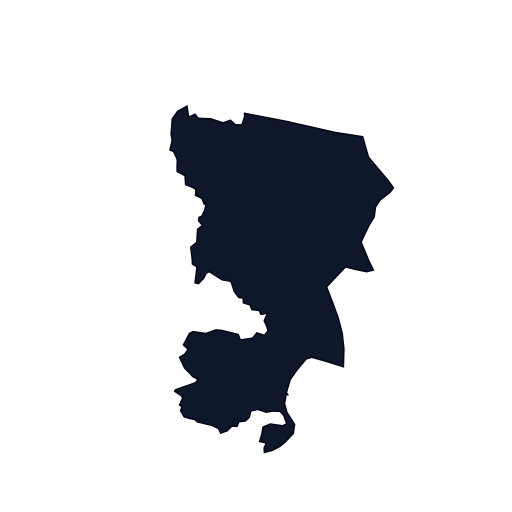 Quardu Boundi, Lofa, Liberia (orthographic projection), rotated 230°
{"feature_id": "62588387B13670701840793", "entity_name": "Quardu Boundi", "entity_type": "district", "adm_level": 2, "iso_a3": "LBR", "parent_name": "Liberia", "parent_adm1": "Lofa", "projection": "orthographic", "projection_center": [-9.634, 8.375], "detail": "fine", "context": "isolated", "style": "filled", "palette": "ink", "viewbox_px": 512, "rotation_deg": 230, "n_neighbors": 0, "source": "geoboundaries", "source_scale": "gbopen_adm2", "svg_char_len": 2515}
<svg xmlns="http://www.w3.org/2000/svg" viewBox="0 0 512 512"><g transform="rotate(230 256 256)"><path d="M372.7,338.9L370.2,337.1L365.5,329.5L365.8,329.1L369.7,324.6L376.4,323.7L379.2,316.3L390.1,309.6L398.6,300.3L403.8,300.4L404.9,296.3L405.7,293.6L415.1,299.5L417.2,288.9L414.9,280.1L404.2,269.5L398.5,266.1L392.6,258.3L389.0,260.0L381.5,258.1L379.2,256.7L375.6,253.3L371.4,249.9L363.2,253.3L355.9,248.0L354.6,248.7L348.5,251.9L345.4,252.7L341.4,248.7L335.0,251.6L329.1,249.7L327.2,250.5L323.9,245.7L321.3,240.2L322.2,237.2L319.9,234.7L313.8,234.7L314.0,228.4L310.2,224.8L304.5,219.5L304.7,211.7L294.0,204.7L290.8,202.2L285.6,203.7L280.3,198.2L274.7,192.1L271.8,194.1L272.7,202.1L274.8,206.4L274.0,210.2L265.4,212.9L259.5,214.8L253.6,219.9L251.5,220.1L243.7,216.9L242.9,216.6L235.4,216.1L232.0,219.1L228.2,216.2L222.4,220.0L217.7,218.3L212.3,223.4L208.1,222.3L204.5,228.4L203.9,226.8L202.9,224.0L201.0,220.6L195.1,219.0L190.9,217.1L189.8,211.4L196.5,207.3L195.7,202.7L195.3,200.6L201.7,190.0L207.2,191.9L213.1,187.7L221.0,181.9L222.9,180.1L225.2,177.7L228.8,167.8L238.4,159.3L239.5,155.5L234.6,143.3L228.1,144.1L226.6,138.2L227.5,132.3L216.2,129.3L208.7,129.9L204.3,130.1L199.0,132.1L198.6,132.2L197.8,128.2L198.4,126.6L201.7,117.9L205.3,108.4L204.7,106.7L197.3,109.0L194.4,108.6L191.0,101.6L188.1,102.5L186.2,98.9L179.0,97.6L174.4,100.6L170.0,104.0L166.7,104.4L164.7,105.9L159.9,109.4L154.6,113.4L147.9,116.4L143.1,115.1L140.6,121.5L141.1,126.8L141.2,128.2L137.7,132.0L140.0,136.2L136.4,142.0L136.8,147.2L140.6,152.5L139.9,153.8L137.4,158.7L129.6,163.6L126.7,168.9L121.5,174.6L116.0,174.8L107.6,171.7L107.9,170.7L108.9,167.2L117.5,159.5L118.1,159.0L120.4,151.4L116.4,146.7L111.5,139.6L105.9,143.8L103.8,138.9L100.1,136.1L96.6,143.8L94.8,151.9L94.8,159.3L96.1,170.5L98.0,172.6L98.9,173.6L102.2,177.3L116.4,179.2L124.5,182.9L125.0,183.5L131.3,190.8L128.5,191.2L131.6,191.2L131.9,191.6L139.3,202.7L139.6,203.7L141.9,212.4L142.4,214.5L144.4,225.4L144.5,226.0L144.6,226.6L144.9,228.2L142.6,233.6L133.2,240.0L131.4,241.2L118.7,249.4L115.9,251.2L115.0,251.8L128.3,263.6L141.3,272.3L155.5,279.1L170.9,284.7L187.0,290.2L187.1,291.2L189.2,309.3L190.1,317.6L181.5,323.8L172.9,330.6L170.6,335.2L169.8,336.9L179.7,339.3L199.2,345.5L203.6,355.1L206.8,362.3L207.3,363.5L208.0,365.7L209.9,371.6L216.7,379.0L219.2,387.1L218.6,399.5L219.6,403.8L219.9,405.1L227.9,405.7L250.7,405.7L259.4,405.7L270.2,410.5L278.7,414.4L298.7,397.0L299.8,396.0L339.5,365.9L372.7,338.9Z" fill="#0f172a" stroke="#020617" stroke-width="1.5"/></g></svg>